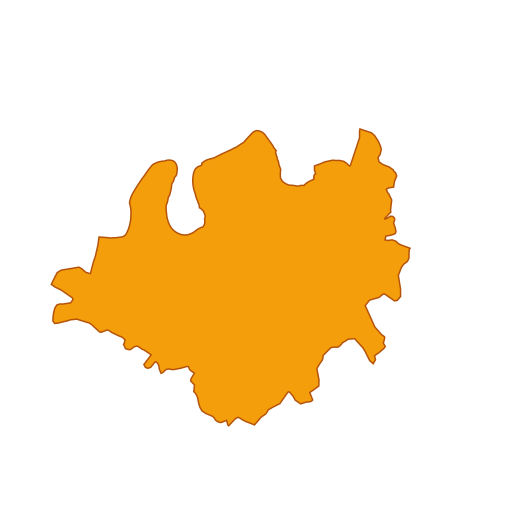 Al-Bagur, Al Minufiyah, Egypt (Natural Earth projection), rotated 213°
{"feature_id": "37247803B46685873859675", "entity_name": "Al-Bagur", "entity_type": "district", "adm_level": 2, "iso_a3": "EGY", "parent_name": "Egypt", "parent_adm1": "Al Minufiyah", "projection": "natural_earth1", "projection_center": [31.09, 30.413], "detail": "fine", "context": "isolated", "style": "filled", "palette": "amber", "viewbox_px": 512, "rotation_deg": 213, "n_neighbors": 0, "source": "geoboundaries", "source_scale": "gbopen_adm2", "svg_char_len": 6150}
<svg xmlns="http://www.w3.org/2000/svg" viewBox="0 0 512 512"><g transform="rotate(213 256 256)"><path d="M412.2,120.7L407.3,120.5L401.1,121.3L387.2,120.9L385.8,119.9L385.9,115.8L386.9,114.9L391.8,110.5L394.3,109.0L396.3,106.6L396.4,103.1L395.1,99.0L393.3,94.9L391.0,90.9L388.1,89.8L385.7,91.7L378.8,99.0L376.8,101.5L371.9,105.4L359.3,109.0L355.9,108.9L353.1,108.3L345.5,107.1L344.0,108.0L343.0,109.5L341.5,111.5L340.5,113.0L338.6,113.4L335.2,113.3L332.3,113.7L328.9,114.1L323.7,115.0L320.3,114.4L319.0,111.3L319.0,109.8L314.8,107.2L311.9,108.1L310.4,109.0L308.9,113.0L307.9,114.5L306.9,115.5L305.4,115.9L301.1,115.8L298.2,116.2L290.1,116.0L290.9,103.9L288.1,102.4L285.7,102.8L283.7,105.2L283.0,111.8L282.5,112.7L280.6,112.7L277.8,111.1L275.5,108.5L271.7,105.9L270.7,107.4L269.6,111.9L267.6,113.8L264.2,115.2L262.3,116.7L257.8,121.1L254.9,124.5L253.4,126.0L252.4,126.4L250.1,124.8L248.6,124.3L243.9,124.2L243.6,117.6L242.7,115.6L237.4,114.4L234.3,108.3L233.3,108.3L230.5,107.2L228.1,105.6L223.5,100.9L220.2,98.3L216.9,96.7L212.6,96.6L204.9,97.9L202.5,97.3L200.6,96.3L197.7,96.2L194.8,97.1L194.2,97.9L191.1,102.1L187.6,98.9L186.4,98.8L184.8,107.8L183.4,110.8L181.5,111.3L178.6,111.2L174.7,111.6L168.5,112.9L165.3,113.5L163.9,123.8L161.8,128.8L161.7,131.8L162.1,133.3L159.6,138.3L155.6,145.2L155.1,159.3L154.0,160.2L148.5,158.6L144.7,156.5L138.0,156.3L134.0,161.2L132.5,162.1L130.6,164.1L130.0,166.1L136.6,170.8L135.1,174.3L132.5,181.2L135.7,186.4L143.6,194.6L143.9,199.7L143.7,205.2L145.5,209.3L143.3,219.8L140.9,222.2L138.4,223.6L137.4,224.6L136.4,227.6L136.3,230.1L133.2,236.6L131.3,238.0L128.3,240.4L116.0,237.1L112.7,235.5L103.7,230.2L99.0,229.5L99.3,234.1L102.1,236.7L101.6,238.7L100.5,241.1L98.4,248.1L98.3,250.6L101.7,252.2L103.4,257.3L104.4,258.3L107.7,258.4L117.7,261.2L137.4,273.9L136.7,280.9L130.3,288.2L128.7,293.2L127.3,294.2L115.3,293.8L113.3,295.8L112.7,300.8L116.8,307.0L126.1,317.3L127.8,325.4L127.7,329.4L126.1,333.9L126.5,337.4L129.7,342.5L131.0,345.1L131.0,346.4L140.2,344.3L143.5,343.9L145.9,344.5L147.3,344.5L150.7,343.6L151.7,342.7L154.1,340.7L156.6,339.8L157.9,343.3L154.0,347.2L152.0,349.7L151.4,351.2L152.3,353.2L155.6,356.3L158.4,358.4L159.7,362.5L161.1,363.5L163.1,363.6L165.0,362.6L166.5,359.2L168.0,357.2L168.5,357.7L167.9,360.7L167.3,364.2L166.8,366.2L168.2,367.8L172.7,376.9L178.8,380.6L179.8,380.7L183.1,382.8L182.0,385.2L178.1,388.7L180.4,393.7L181.6,399.8L184.4,401.9L186.3,402.0L187.7,403.0L193.0,403.2L196.9,402.3L199.7,401.8L204.1,402.0L207.3,405.1L207.2,408.6L209.0,413.7L211.3,415.8L216.0,418.9L222.1,421.6L226.4,422.2L238.0,419.1L237.1,417.0L233.5,411.4L226.1,383.1L226.6,382.5L228.1,382.6L230.5,383.1L233.8,383.2L237.7,381.8L240.6,379.9L244.0,378.0L249.4,372.6L252.4,368.2L253.9,366.2L256.0,363.3L253.6,359.7L252.3,358.7L250.8,357.4L251.1,356.7L251.3,356.1L251.3,355.7L251.1,354.9L250.8,354.1L250.4,353.4L249.9,352.7L249.3,352.2L249.9,350.9L251.5,348.5L252.0,347.6L252.7,346.2L253.6,344.0L254.0,342.4L254.2,341.2L255.4,340.6L256.6,339.8L257.7,338.7L258.6,337.5L262.1,336.0L264.4,334.9L266.9,333.4L267.5,333.3L269.4,332.9L271.4,332.8L273.4,332.9L275.1,333.2L276.4,334.0L277.0,334.3L277.9,334.7L279.2,336.4L280.2,337.9L281.9,340.9L282.1,341.5L282.3,341.8L282.9,342.5L284.4,343.5L285.8,344.6L287.5,346.1L288.9,347.7L289.7,348.1L290.6,348.7L291.6,349.7L292.3,350.5L293.4,351.2L294.1,351.7L294.7,352.5L295.3,352.8L295.7,353.2L296.1,353.7L296.3,354.3L296.5,354.9L296.4,355.4L297.6,355.6L298.1,355.8L298.8,356.2L299.9,356.5L300.6,356.8L301.3,357.4L305.7,359.2L312.5,361.8L314.5,362.6L315.7,362.9L317.0,363.1L317.8,363.2L319.0,363.1L319.8,363.0L321.0,362.7L321.8,362.5L323.0,361.9L324.0,361.3L324.8,360.3L325.4,359.2L325.9,358.1L326.2,356.9L327.4,350.2L327.8,347.8L328.2,344.6L329.5,341.9L330.9,338.6L332.1,336.1L333.3,334.3L334.9,331.4L340.6,322.4L344.3,316.0L344.9,315.1L346.6,313.3L348.3,311.4L349.8,309.4L350.4,308.4L351.3,306.4L352.0,304.3L351.6,303.9L351.3,303.3L351.3,302.7L351.3,302.2L351.6,301.6L352.4,300.6L352.9,300.0L353.4,299.0L353.7,298.4L354.0,297.3L354.1,296.6L354.2,295.9L354.2,294.8L354.1,294.0L353.9,293.0L353.3,291.1L352.2,288.5L350.9,286.0L349.8,284.3L348.2,282.1L346.2,279.8L344.7,278.2L344.0,277.6L342.3,276.3L341.1,275.3L338.8,273.1L337.5,272.1L336.2,271.1L334.8,270.3L334.1,269.6L333.3,269.0L332.7,268.6L331.8,268.2L329.7,265.6L328.9,265.7L327.9,265.7L327.0,265.5L326.3,265.3L325.4,265.2L324.7,265.0L323.9,264.6L323.2,264.0L322.0,263.3L321.5,262.9L320.8,262.3L320.2,261.6L320.1,261.3L319.7,260.3L319.4,259.2L318.6,258.3L318.1,257.6L317.1,256.0L316.8,255.4L316.5,254.6L316.4,253.7L316.4,252.5L316.3,252.0L316.4,251.3L316.8,250.8L317.2,250.5L318.3,248.9L320.0,245.5L320.4,244.0L321.1,242.4L321.8,240.9L322.7,239.4L323.8,237.9L324.7,236.8L325.7,235.9L326.9,235.0L328.4,234.1L330.1,233.4L331.4,233.0L333.1,232.7L335.1,232.4L337.2,232.4L339.2,232.6L341.2,233.1L342.7,233.6L344.6,234.5L346.9,235.9L349.0,237.5L351.0,239.3L352.4,240.7L355.0,243.9L356.9,246.4L358.9,249.4L359.2,251.2L359.8,253.4L360.6,255.4L361.4,257.1L361.5,258.3L361.6,259.7L361.8,260.6L362.2,261.9L363.1,264.5L363.9,266.5L364.8,268.5L366.0,270.7L365.9,272.4L366.1,274.1L366.5,275.7L367.2,277.2L366.9,278.3L366.8,279.2L366.9,280.5L367.1,281.5L367.4,282.3L367.9,283.2L368.3,283.7L368.7,284.7L369.2,285.8L370.2,287.1L371.0,288.0L372.2,289.0L373.2,289.7L374.7,290.3L375.8,290.7L376.2,290.7L377.4,290.6L378.6,290.3L379.3,290.1L380.1,289.7L381.1,289.2L382.4,288.2L383.6,287.0L384.6,285.6L385.9,284.8L387.1,283.7L388.8,282.0L389.9,280.6L391.2,278.6L391.8,277.6L392.5,276.1L393.1,270.8L393.3,267.1L393.4,262.6L393.7,257.9L393.8,251.4L393.8,248.2L393.6,243.3L393.5,241.1L393.2,238.6L392.8,236.6L392.2,234.7L391.6,232.9L391.0,231.6L389.4,230.2L387.9,228.7L386.6,227.2L385.3,225.5L384.1,223.7L382.0,220.2L380.9,218.2L380.3,216.9L379.7,215.5L378.9,213.3L378.2,211.1L377.8,209.7L377.4,207.7L377.1,205.5L376.9,204.1L377.0,202.8L377.2,201.9L377.5,201.0L377.9,200.1L378.5,199.4L379.1,198.7L383.4,195.1L385.7,193.4L388.1,191.7L389.9,190.9L398.0,186.4L394.7,179.5L390.6,168.4L389.0,162.1L385.3,151.0L389.7,149.6L395.0,150.4L398.4,150.2L411.7,138.0L413.7,133.8L412.9,126.2L412.2,120.7Z" fill="#f59e0b" stroke="#b45309" stroke-width="1.5"/></g></svg>